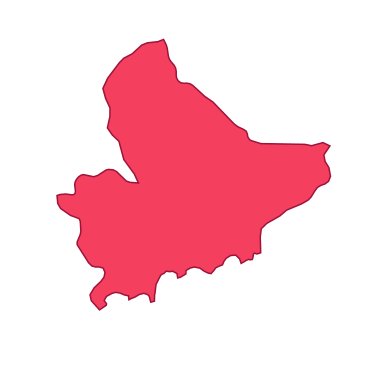 map outline of Alpes-Maritimes (Equal Earth projection), rotated 16°
{"feature_id": "FRA-5266", "entity_name": "Alpes-Maritimes", "entity_type": "Metropolitan department", "adm_level": 1, "iso_a3": "FRA", "parent_name": "France", "parent_adm1": "", "projection": "equal_earth", "projection_center": [7.102, 43.917], "detail": "fine", "context": "isolated", "style": "filled", "palette": "rose", "viewbox_px": 384, "rotation_deg": 16, "n_neighbors": 0, "source": "natural_earth", "source_scale": "10m", "svg_char_len": 2186}
<svg xmlns="http://www.w3.org/2000/svg" viewBox="0 0 384 384"><g transform="rotate(16 192 192)"><path d="M319.8,136.7L320.8,138.7L320.3,144.1L317.6,147.6L314.1,150.1L311.4,152.9L309.9,156.8L307.9,163.9L306.0,167.6L300.6,173.2L288.0,183.3L283.1,190.7L272.5,201.6L268.7,208.2L270.0,216.3L274.8,231.5L271.5,233.7L270.5,233.7L269.5,233.5L268.4,234.0L268.3,235.1L268.7,239.2L268.5,240.3L266.5,241.2L265.1,241.1L263.1,242.7L261.0,245.0L258.9,247.1L256.2,243.2L251.5,240.6L246.7,242.4L243.1,246.3L241.8,250.0L241.4,253.6L238.4,255.9L235.7,258.4L234.7,261.4L232.8,265.2L230.0,265.5L225.6,264.8L220.5,263.0L214.9,263.5L211.1,265.7L207.9,269.1L208.7,272.5L204.3,277.2L201.9,278.6L200.1,274.6L195.5,273.5L192.3,274.8L189.1,275.2L187.3,278.2L185.4,279.6L184.6,281.9L182.9,290.8L184.3,299.4L184.4,301.1L185.3,304.7L186.0,307.3L182.7,309.3L179.6,304.0L177.5,302.8L173.6,302.7L169.4,305.2L166.2,308.7L163.0,311.1L161.1,313.0L159.5,309.3L155.5,309.6L150.5,309.0L146.0,309.6L142.7,311.8L138.6,315.9L137.5,320.6L139.6,322.1L140.7,323.1L140.8,324.5L135.6,330.8L125.1,324.2L122.3,318.9L124.4,311.0L129.2,302.8L130.9,298.0L130.5,293.2L127.6,289.7L123.8,289.6L119.7,290.7L116.1,290.7L112.1,288.5L97.1,275.2L95.9,273.8L95.4,271.4L96.3,263.7L96.0,260.4L92.7,251.0L90.8,248.7L81.7,248.0L70.3,244.1L66.1,240.0L63.2,232.6L65.8,230.8L71.3,228.7L77.5,227.8L79.0,227.1L80.0,225.5L79.7,223.2L77.3,217.6L76.9,214.7L77.5,211.6L78.8,208.7L80.6,206.5L82.8,205.2L93.4,204.4L97.0,201.9L103.1,194.8L105.5,193.3L110.2,192.4L113.9,193.2L125.9,199.6L129.8,199.8L138.0,198.1L131.5,190.5L117.5,179.6L107.8,163.4L99.6,159.1L93.0,153.7L92.3,142.1L90.0,133.8L83.2,125.9L77.8,117.0L79.6,105.7L86.6,87.6L89.6,82.1L96.3,75.8L103.2,64.6L108.0,60.9L117.8,56.9L122.6,53.2L126.8,57.8L128.7,60.9L131.6,67.4L133.0,69.8L135.1,71.9L140.0,75.2L142.2,77.6L143.7,80.7L144.5,83.7L145.6,86.4L147.9,88.9L151.2,90.1L154.1,89.7L157.0,88.8L160.3,88.5L163.3,89.3L177.7,96.5L187.4,99.8L213.4,114.8L217.9,116.6L224.3,117.6L227.5,118.7L229.2,121.0L230.5,123.7L232.8,125.8L235.1,126.3L244.9,126.5L287.3,115.1L294.3,114.5L304.3,108.4L311.9,109.7L308.5,120.0L311.5,125.9L316.9,130.9L319.8,136.7Z" fill="#f43f5e" stroke="#9f1239" stroke-width="1.5"/></g></svg>